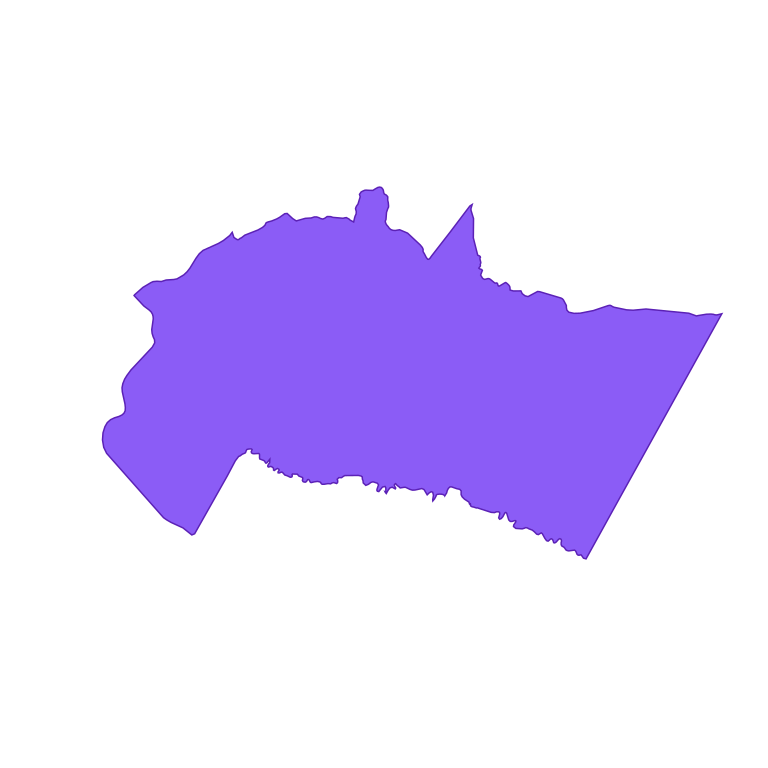 outline of Meta, rotated 29°
{"feature_id": "COL-1425", "entity_name": "Meta", "entity_type": "Department", "adm_level": 1, "iso_a3": "COL", "parent_name": "Colombia", "parent_adm1": "", "projection": "orthographic", "projection_center": [-72.97, 3.272], "detail": "fine", "context": "isolated", "style": "filled", "palette": "violet", "viewbox_px": 768, "rotation_deg": 29, "n_neighbors": 0, "source": "natural_earth", "source_scale": "10m", "svg_char_len": 5966}
<svg xmlns="http://www.w3.org/2000/svg" viewBox="0 0 768 768"><g transform="rotate(29 384 384)"><path d="M122.5,427.8L122.6,426.9L126.3,416.4L131.0,408.3L132.4,406.4L135.6,404.2L139.6,402.3L143.0,398.7L149.5,394.5L152.0,392.4L156.0,385.6L157.4,381.2L158.1,376.6L158.6,365.2L159.3,359.6L161.0,354.8L171.0,341.4L174.0,336.3L177.1,328.9L177.7,324.9L181.7,328.6L185.6,328.9L186.7,328.3L187.3,327.2L187.5,326.4L188.4,325.3L190.1,321.3L199.1,310.4L201.8,306.0L202.9,303.0L202.8,301.4L202.8,300.0L204.1,298.4L206.7,295.9L210.1,291.7L211.9,288.8L214.6,283.2L216.6,281.8L224.0,283.6L228.2,283.9L234.8,277.3L239.8,274.1L242.0,271.7L244.2,270.5L246.3,270.1L248.2,270.0L250.5,269.4L251.8,267.8L253.1,265.1L256.1,263.5L258.6,263.0L267.8,258.9L269.1,257.7L270.4,256.7L273.5,256.7L275.0,257.1L278.9,257.0L277.6,252.5L277.3,250.9L277.2,248.9L276.2,246.7L274.1,244.5L273.8,243.1L273.7,241.8L274.0,239.2L272.4,231.8L270.6,230.0L270.9,227.1L271.8,225.7L273.2,223.9L274.2,223.2L277.5,221.6L280.5,220.0L281.4,218.2L283.3,215.1L284.7,213.9L286.4,213.4L287.8,213.8L289.2,214.6L290.2,215.7L290.7,216.5L292.2,217.7L294.1,217.6L295.3,217.9L296.6,218.5L298.1,221.4L299.8,223.3L301.6,225.9L302.2,227.1L302.3,228.9L303.0,232.7L306.0,239.2L306.1,240.8L306.7,241.7L307.9,242.8L309.5,243.7L311.5,244.4L313.1,245.2L315.0,245.6L317.2,245.3L319.4,244.3L322.9,241.5L331.5,240.6L348.3,244.8L351.3,246.0L352.9,247.2L353.8,249.0L354.4,249.5L356.0,250.4L359.6,252.8L361.7,253.7L362.6,253.3L363.2,251.9L363.6,248.6L368.2,219.1L372.8,186.7L374.1,184.3L375.0,188.3L375.8,189.8L382.1,195.9L391.3,212.9L403.5,225.9L405.6,225.7L406.3,225.9L406.9,226.4L406.8,227.0L407.3,228.1L409.7,230.7L410.1,231.8L410.2,232.8L411.1,234.0L411.0,235.1L410.8,235.9L410.8,236.7L411.8,236.9L412.8,236.7L414.0,236.5L415.0,237.0L415.1,238.1L415.7,241.9L418.7,243.6L419.8,243.9L421.3,243.7L422.0,243.1L423.9,241.3L425.0,240.9L426.3,240.9L431.5,241.9L432.5,241.8L433.1,241.4L433.5,241.0L433.9,240.9L434.8,241.3L435.6,242.2L436.5,242.8L437.5,242.3L440.6,237.0L441.3,236.2L442.9,236.4L444.9,236.9L446.6,237.7L447.4,238.6L448.8,240.7L452.1,239.9L458.6,236.2L461.1,238.0L464.6,238.5L467.6,237.7L473.5,228.6L475.4,227.8L497.2,223.0L498.7,223.0L500.2,223.5L505.4,226.9L506.5,228.8L508.1,230.7L510.8,231.6L515.9,230.1L521.2,227.0L531.5,218.3L542.1,206.7L543.5,205.6L544.9,205.4L546.4,205.5L548.1,205.3L560.3,201.5L566.1,198.7L576.8,191.4L616.3,174.3L624.3,173.0L625.5,171.9L632.1,166.7L635.9,164.4L638.2,163.4L640.0,163.0L641.7,162.2L645.4,158.8L645.4,371.6L645.5,439.0L642.9,439.6L640.0,438.2L639.0,437.9L638.0,438.9L636.8,439.6L635.3,439.3L633.9,438.1L632.4,437.1L631.2,436.9L626.5,440.4L624.9,440.9L623.5,440.9L621.8,440.0L620.5,439.5L618.1,439.5L616.9,438.7L615.9,437.0L615.3,435.1L614.2,434.0L612.8,434.0L612.0,435.2L611.2,438.8L610.4,440.2L609.3,440.5L608.0,439.2L606.8,438.3L605.5,438.2L604.7,439.1L604.3,440.5L603.7,441.9L602.1,442.2L599.5,441.0L594.9,438.1L593.7,438.0L592.0,440.9L590.3,441.3L587.3,440.4L584.6,439.9L581.0,440.4L579.1,440.4L577.6,440.9L576.6,442.2L575.1,443.7L569.3,446.4L566.4,445.9L565.8,444.4L566.1,440.7L565.6,439.8L564.8,439.9L563.7,441.0L562.6,442.2L561.0,443.0L559.0,442.4L553.9,437.5L552.8,437.3L552.2,438.2L552.3,442.4L551.8,444.8L550.7,446.2L549.2,445.5L548.2,441.5L547.3,440.3L546.2,440.2L544.3,441.3L543.0,442.9L540.0,444.3L528.2,446.6L526.0,447.0L525.5,447.1L525.0,447.6L524.2,447.8L522.4,448.1L520.5,448.7L518.8,448.6L517.6,446.9L517.0,447.5L515.5,446.1L510.2,445.7L507.1,444.8L505.1,443.4L503.3,440.1L501.3,439.4L498.4,440.3L493.1,441.2L491.6,442.0L490.9,444.0L491.0,446.6L491.6,448.9L491.4,452.3L491.3,452.2L489.4,452.0L487.7,452.5L485.9,453.4L484.0,454.8L483.6,455.7L483.9,457.1L483.9,460.0L483.4,462.6L482.8,461.8L481.1,457.2L479.1,455.1L477.5,455.3L476.4,457.1L475.5,460.0L470.2,456.9L467.8,457.1L462.4,461.8L460.2,463.1L457.8,463.6L453.0,463.9L451.8,464.5L448.6,467.0L447.9,467.0L447.0,466.6L445.6,466.5L444.3,466.2L443.1,465.7L442.3,465.6L441.9,467.0L442.2,467.6L443.0,468.3L444.0,468.9L444.7,469.3L444.7,470.3L441.2,470.3L439.6,471.9L439.1,474.8L439.1,478.7L437.6,478.1L437.2,477.8L438.1,477.8L435.9,473.9L434.6,473.1L432.6,474.9L431.6,480.6L430.2,481.0L429.4,480.5L428.9,479.5L428.1,474.9L426.3,474.0L421.8,474.9L420.3,476.4L419.0,479.3L417.2,481.5L413.8,480.6L412.5,478.7L411.3,477.8L410.0,475.8L408.4,475.6L405.9,476.4L394.1,483.1L393.0,484.9L392.3,486.5L389.9,487.8L389.2,490.0L390.0,490.6L390.7,491.5L391.2,492.8L390.8,494.0L387.8,494.6L386.6,495.7L385.7,497.2L383.3,498.3L380.4,500.6L378.5,501.7L377.2,501.5L376.4,500.8L375.1,500.8L373.0,501.5L370.2,503.6L368.3,505.4L367.4,505.7L366.2,505.0L365.4,504.4L364.4,504.1L363.5,504.7L363.5,506.8L362.9,507.9L361.6,508.5L360.4,508.6L359.3,507.8L359.0,506.6L358.5,505.6L357.7,505.3L354.2,505.8L351.9,504.9L347.6,507.1L347.5,507.9L348.4,508.9L348.4,510.1L347.2,511.0L343.8,511.2L341.4,511.7L338.0,510.5L336.8,510.9L336.3,511.7L335.4,512.7L334.4,513.0L333.9,512.2L334.1,510.2L333.3,509.5L331.7,509.6L331.0,510.6L330.4,512.0L329.9,512.9L329.1,512.8L328.5,511.6L327.3,510.9L325.0,510.9L324.0,511.9L323.1,512.7L322.4,512.5L321.9,511.6L321.9,509.8L322.2,508.4L320.6,505.2L319.8,509.6L319.2,510.5L318.2,510.2L317.3,509.5L316.1,509.2L311.7,509.8L310.9,508.9L309.5,506.3L308.9,505.6L308.1,505.5L304.0,508.1L302.5,508.6L301.4,508.4L300.6,507.4L300.6,506.3L300.4,505.3L299.7,505.1L298.5,505.6L296.9,506.7L295.8,507.8L295.8,509.3L296.1,510.4L296.1,511.5L295.3,512.6L294.1,514.1L293.0,516.6L292.0,517.8L291.2,523.3L291.5,540.7L291.0,606.8L289.1,609.2L277.9,607.3L264.9,608.3L259.8,608.2L256.0,607.8L175.0,579.1L169.6,575.3L164.9,569.4L161.9,562.9L160.6,556.6L160.7,551.8L162.2,547.7L164.7,544.2L167.8,541.0L169.8,538.2L170.7,535.7L170.6,532.9L169.2,530.0L167.1,527.0L158.9,517.7L156.7,514.3L155.4,510.3L154.8,505.5L155.0,501.1L155.9,494.3L163.5,464.1L163.5,459.2L161.8,456.5L159.2,454.6L156.6,452.1L154.5,449.0L150.6,438.9L149.3,436.9L147.7,435.2L145.3,433.8L142.5,433.1L136.1,432.2L122.5,427.8Z" fill="#8b5cf6" stroke="#5b21b6" stroke-width="1.5"/></g></svg>